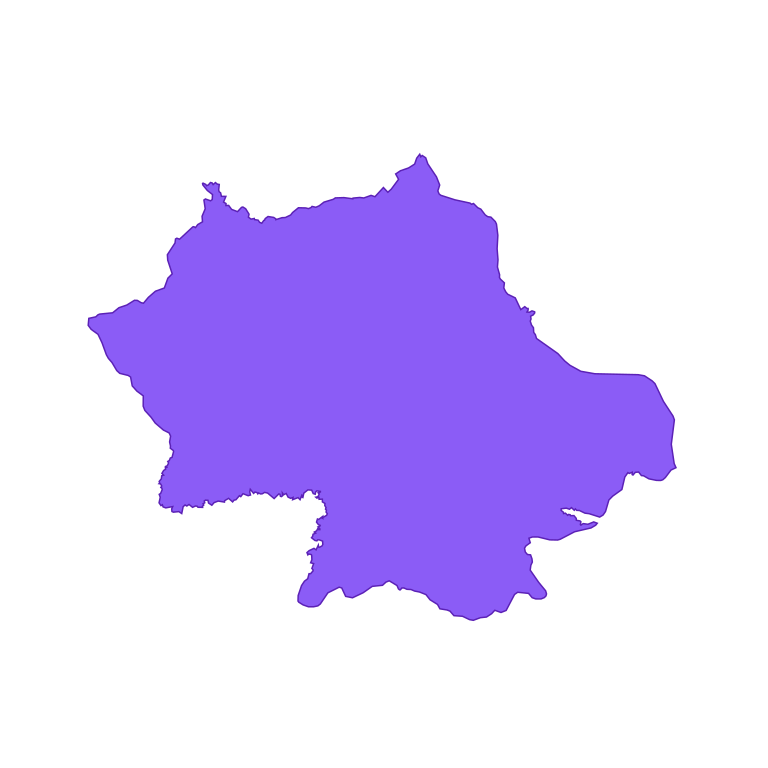 outline of Makham, Chanthaburi, Thailand, rotated 100°
{"feature_id": "78962969B16379000118179", "entity_name": "Makham", "entity_type": "district", "adm_level": 2, "iso_a3": "THA", "parent_name": "Thailand", "parent_adm1": "Chanthaburi", "projection": "mercator", "projection_center": [102.241, 12.738], "detail": "fine", "context": "isolated", "style": "filled", "palette": "violet", "viewbox_px": 768, "rotation_deg": 100, "n_neighbors": 0, "source": "geoboundaries", "source_scale": "gbopen_adm2", "svg_char_len": 6161}
<svg xmlns="http://www.w3.org/2000/svg" viewBox="0 0 768 768"><g transform="rotate(100 384 384)"><path d="M151.5,388.7L155.9,391.0L162.1,392.0L167.0,397.4L171.1,404.8L175.1,409.0L179.9,405.2L190.9,410.7L194.5,413.5L190.6,418.7L201.1,425.4L200.5,429.5L204.3,436.2L204.5,440.2L206.3,446.8L207.0,446.8L207.4,455.8L209.2,464.3L210.9,466.0L215.3,474.7L219.7,478.7L221.8,481.8L221.6,485.7L223.0,486.6L224.4,488.9L224.2,491.6L225.3,498.9L231.0,503.8L233.8,505.3L237.2,510.1L237.9,513.3L240.9,519.0L240.2,519.1L239.1,521.5L239.2,527.3L241.7,529.7L243.5,530.1L243.8,530.8L246.9,532.3L246.4,534.6L244.5,536.4L244.6,540.0L243.5,540.5L244.7,543.5L243.3,546.5L240.2,546.4L235.4,550.7L234.2,553.7L234.8,555.0L239.7,558.2L238.5,564.4L235.1,568.0L235.7,570.7L233.7,570.9L232.7,573.6L226.7,572.3L227.4,576.7L224.1,578.1L223.3,579.7L221.6,580.5L216.1,580.9L216.1,582.9L214.9,585.0L217.3,586.9L215.8,588.2L215.7,589.9L218.4,591.5L219.5,593.1L218.4,594.2L217.6,597.1L218.1,597.5L219.5,596.9L224.1,591.6L227.2,585.8L232.2,585.2L233.7,586.6L232.8,592.0L234.1,593.3L242.5,590.5L250.4,592.3L255.8,590.9L259.3,595.1L262.7,596.8L262.1,598.6L262.5,599.6L276.9,610.5L276.4,613.3L277.4,614.5L281.4,614.3L294.3,619.8L299.6,618.5L312.3,611.7L317.3,615.2L327.6,617.0L332.3,625.2L339.6,631.1L346.2,634.9L346.1,637.3L344.5,641.4L344.9,644.3L350.9,651.0L354.9,658.3L361.0,663.6L364.5,676.1L365.5,677.7L367.9,679.5L370.6,686.1L377.6,685.5L381.1,681.8L384.7,674.3L392.3,668.9L403.4,662.5L406.7,659.8L410.1,655.6L417.2,649.5L419.4,646.1L420.0,637.4L421.1,634.8L429.6,631.6L434.0,626.0L437.5,619.0L447.7,617.3L451.6,614.9L457.2,607.6L462.2,602.5L467.7,593.2L469.5,587.1L472.4,585.1L478.3,585.1L482.1,583.5L484.4,583.3L486.1,579.9L487.1,579.5L493.1,580.0L494.0,581.6L496.8,582.2L497.8,583.5L499.1,582.5L500.4,582.7L502.3,583.4L503.1,584.7L503.8,583.6L504.4,584.8L505.9,584.3L507.4,586.0L510.6,587.2L512.0,585.2L513.0,587.0L516.0,586.8L519.0,588.5L520.5,587.7L521.2,588.2L521.2,586.7L523.0,585.2L524.7,585.8L525.0,584.8L526.5,584.1L530.6,585.0L531.7,586.2L534.4,584.7L540.1,584.9L542.5,582.5L541.4,581.3L543.4,580.2L543.9,577.4L541.4,570.8L543.9,571.4L546.4,570.7L546.8,569.2L545.3,563.9L546.7,560.7L539.7,560.5L537.7,558.9L538.4,557.0L536.5,555.1L538.7,551.1L536.9,548.5L536.8,546.8L537.7,545.8L537.0,541.2L536.0,541.6L534.5,540.5L533.4,541.4L532.1,539.9L530.4,540.7L529.4,539.7L529.1,537.2L531.7,536.1L533.3,532.5L530.3,530.7L528.1,527.0L528.0,520.6L526.6,520.7L523.6,517.2L526.4,512.6L524.5,511.6L523.7,509.7L519.1,507.0L519.8,505.5L516.5,503.8L517.6,498.4L516.5,496.2L513.6,497.5L510.9,497.4L514.4,493.4L512.8,492.3L513.0,490.1L514.1,489.2L513.1,488.7L513.7,486.4L513.2,484.7L511.5,482.8L511.6,479.7L515.9,472.3L510.5,468.5L510.6,467.4L512.6,466.5L512.7,465.4L511.5,464.4L509.0,465.1L510.5,463.6L508.8,461.3L512.1,458.8L512.8,456.0L511.5,453.9L513.8,453.9L510.8,448.9L512.5,446.6L507.7,445.6L508.1,445.1L509.6,445.4L509.9,444.2L505.4,444.0L501.5,440.6L501.1,436.8L504.2,434.7L504.5,432.6L502.1,432.5L500.9,431.6L500.8,428.0L501.4,427.9L502.6,430.0L503.6,428.7L506.5,429.5L507.3,431.5L508.0,430.3L507.0,428.4L508.8,427.9L508.1,424.7L510.8,424.2L511.9,421.4L514.0,421.2L515.8,419.6L517.4,419.9L518.2,418.8L520.2,418.8L521.6,417.3L523.3,417.7L526.3,421.3L527.0,421.0L526.8,421.8L525.3,421.6L528.7,424.8L528.5,426.1L531.7,426.5L533.9,424.2L534.3,422.3L535.1,422.5L536.2,424.2L537.8,422.0L538.6,421.9L538.8,423.1L538.1,424.2L540.3,424.9L541.9,426.9L542.7,425.4L544.3,427.8L546.3,427.8L548.0,428.7L550.1,424.8L550.1,422.8L549.1,422.4L548.7,420.9L549.4,417.2L552.7,416.4L554.3,417.0L556.1,419.4L556.0,420.1L554.1,420.7L559.1,422.1L558.0,424.4L561.1,428.8L563.4,430.6L565.5,429.3L564.5,428.7L564.6,426.0L565.2,425.5L569.5,424.5L572.8,425.2L573.1,422.1L578.2,423.0L579.1,421.8L580.3,421.4L583.5,423.3L583.8,424.9L589.0,425.3L592.0,428.1L596.8,430.2L607.2,431.8L612.7,431.0L613.7,430.0L615.6,425.3L616.5,419.8L615.6,414.6L614.0,410.6L611.7,408.5L599.4,403.0L591.9,392.9L592.2,390.2L599.8,384.9L600.0,377.9L593.2,368.3L585.3,360.4L582.5,350.5L578.8,347.7L576.9,344.7L580.2,336.2L583.3,334.2L584.0,332.9L583.9,332.2L581.8,331.0L581.4,329.0L582.2,325.8L581.7,321.7L582.6,317.9L582.7,312.9L584.1,306.1L588.5,301.2L591.8,293.0L595.7,289.9L595.6,282.8L596.2,279.6L600.0,274.9L599.1,266.4L601.2,258.8L601.2,255.0L597.4,248.5L595.7,242.6L591.5,238.1L587.6,235.6L588.7,229.1L585.8,224.4L568.6,218.9L565.9,216.2L565.1,205.3L568.7,201.0L569.3,197.3L568.4,192.0L566.5,189.0L564.6,187.7L562.5,187.5L559.6,188.9L552.5,197.2L541.9,207.7L537.0,207.9L533.6,207.0L530.5,207.9L526.8,210.0L527.0,213.1L524.9,215.7L521.2,217.1L518.8,216.1L514.9,212.4L510.7,214.5L508.9,211.3L507.9,205.8L508.7,193.7L507.5,185.9L506.3,183.5L496.4,170.6L489.8,155.1L486.3,151.0L484.1,149.8L483.4,153.5L486.7,158.8L486.9,163.6L488.8,165.6L488.4,166.2L485.4,166.2L484.8,167.2L484.8,170.9L482.9,171.4L480.6,174.1L481.3,177.5L480.4,178.0L480.4,179.6L481.4,180.3L479.7,182.9L480.4,184.7L479.1,185.1L477.7,187.6L476.1,187.8L474.6,182.9L475.1,179.6L473.2,177.9L475.3,174.7L473.8,173.9L475.0,172.2L474.6,169.7L476.3,163.7L476.1,159.5L477.6,148.5L475.0,145.5L471.1,143.7L459.2,142.4L454.7,139.3L446.6,131.4L433.9,130.7L428.9,128.4L429.5,127.0L427.8,124.2L430.1,123.9L430.4,123.0L427.3,121.1L426.5,117.9L429.5,114.6L429.3,112.5L431.4,106.6L431.6,98.8L430.9,94.6L429.9,92.8L427.3,90.7L418.9,86.4L415.7,81.9L412.0,84.4L393.5,90.6L368.9,91.8L365.4,93.8L352.6,105.8L336.6,117.2L334.4,120.4L330.7,128.9L330.7,135.3L337.3,178.1L337.3,192.4L333.3,204.1L329.9,210.1L323.9,218.0L312.7,241.7L309.1,243.5L307.2,245.5L302.6,246.6L300.4,248.9L296.7,250.9L294.4,250.5L291.8,251.4L290.0,249.0L287.8,247.9L286.7,248.2L286.3,251.0L288.1,253.3L288.3,255.7L286.1,254.9L284.6,255.2L284.8,256.3L283.4,258.8L287.0,262.2L276.4,269.7L274.1,277.8L272.0,280.2L268.6,282.7L263.5,283.0L260.5,287.6L259.0,288.8L256.4,289.1L249.1,292.6L241.9,293.3L231.1,296.1L217.8,297.7L207.0,301.0L204.7,302.6L201.1,307.7L201.2,310.9L199.9,313.7L195.0,319.0L194.1,322.3L190.7,327.2L191.8,329.0L190.9,330.7L190.3,346.1L188.3,360.8L187.3,362.7L184.5,364.5L178.4,363.7L170.9,368.3L159.6,379.1L154.0,382.2L152.3,386.1L153.9,387.2L151.5,388.7Z" fill="#8b5cf6" stroke="#5b21b6" stroke-width="1.5"/></g></svg>